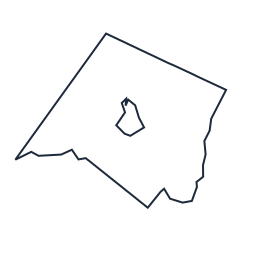 Henry, Virginia, United States of America (Natural Earth projection), rotated 205°
{"feature_id": "52423323B91986151579655", "entity_name": "Henry", "entity_type": "district", "adm_level": 2, "iso_a3": "USA", "parent_name": "United States of America", "parent_adm1": "Virginia", "projection": "natural_earth1", "projection_center": [-79.909, 36.699], "detail": "fine", "context": "isolated", "style": "outline", "palette": "slate", "viewbox_px": 256, "rotation_deg": 205, "n_neighbors": 0, "source": "geoboundaries", "source_scale": "gbopen_adm2", "svg_char_len": 720}
<svg xmlns="http://www.w3.org/2000/svg" viewBox="0 0 256 256"><g transform="rotate(205 128 128)"><path d="M60.0,81.7L46.9,83.5L39.3,88.9L40.6,103.7L43.1,108.0L39.3,115.6L44.3,126.0L46.5,136.9L53.3,148.5L52.9,160.1L56.5,171.6L55.2,204.0L65.5,204.0L79.2,204.0L88.9,204.0L89.1,204.1L107.5,204.1L113.5,204.1L118.6,203.9L120.3,203.9L187.8,204.3L197.3,154.1L197.7,151.9L201.0,134.7L216.7,51.7L205.6,65.5L197.3,65.0L177.3,75.7L169.7,84.6L159.6,78.6L153.6,82.8L102.3,70.4L76.4,64.1L71.5,84.0L69.6,88.2L60.0,81.7ZM113.7,135.3L122.6,121.9L128.7,121.4L139.8,125.5L138.8,131.6L137.3,140.9L144.2,148.0L142.1,153.6L139.6,147.3L139.9,153.8L131.1,151.6L122.5,142.0L113.7,135.3Z" fill="none" stroke="#1e293b" stroke-width="2"/></g></svg>